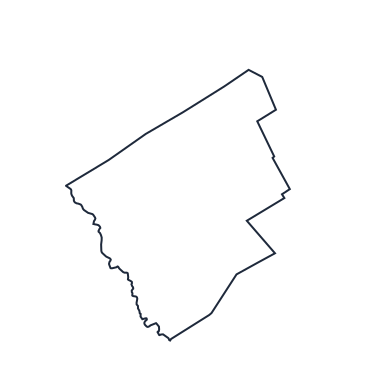 the district of Orange, Vermont, United States of America, rotated 128°
{"feature_id": "52423323B71374601240136", "entity_name": "Orange", "entity_type": "district", "adm_level": 2, "iso_a3": "USA", "parent_name": "United States of America", "parent_adm1": "Vermont", "projection": "equal_earth", "projection_center": [-72.157, 43.996], "detail": "fine", "context": "isolated", "style": "outline", "palette": "slate", "viewbox_px": 384, "rotation_deg": 128, "n_neighbors": 0, "source": "geoboundaries", "source_scale": "gbopen_adm2", "svg_char_len": 2019}
<svg xmlns="http://www.w3.org/2000/svg" viewBox="0 0 384 384"><g transform="rotate(128 192 192)"><path d="M322.5,117.8L320.7,118.0L278.3,102.7L275.4,102.1L229.5,106.2L207.2,96.7L189.2,88.9L180.9,131.1L139.9,115.5L138.4,119.7L129.5,116.7L115.5,149.5L113.4,149.1L96.1,184.1L75.5,176.5L58.1,207.5L60.9,222.6L89.0,231.6L134.4,248.1L174.7,264.2L217.9,277.3L264.5,295.1L264.7,294.9L264.4,289.9L264.5,288.9L265.0,288.1L267.4,286.3L268.0,285.6L268.8,284.2L269.6,281.4L271.7,279.6L272.3,278.0L272.0,276.0L271.2,274.5L270.4,272.0L270.5,271.2L271.2,269.4L272.3,267.7L272.7,266.1L272.4,261.0L270.8,257.1L270.7,256.0L271.8,252.7L272.4,251.8L273.7,251.4L275.3,251.3L277.9,250.0L277.4,249.0L277.2,248.4L277.0,248.1L276.3,246.8L275.7,245.2L276.0,243.3L276.4,242.6L276.8,242.1L277.9,242.2L280.2,241.7L280.8,241.2L281.0,239.2L282.0,237.2L283.5,235.1L285.8,233.4L289.3,231.3L294.2,227.2L294.9,226.3L295.3,225.2L295.7,220.3L295.7,219.7L294.9,216.0L295.0,215.1L295.3,214.4L296.3,214.0L297.8,214.0L299.6,213.2L300.1,212.7L302.1,209.4L302.0,208.9L301.3,208.0L297.8,205.2L296.6,204.9L296.4,204.5L296.4,204.0L297.0,202.5L297.2,201.2L297.5,196.9L297.1,195.5L295.7,193.7L295.6,192.6L298.4,189.8L300.3,188.7L300.4,188.1L299.9,185.7L299.8,184.2L300.7,183.2L302.0,182.9L303.1,181.0L303.3,180.0L303.7,179.4L304.4,178.8L305.0,178.9L306.8,178.8L308.0,177.7L308.2,177.0L308.7,176.4L308.8,176.3L310.2,175.5L310.4,175.0L310.2,174.2L308.9,171.9L308.8,171.1L309.0,170.4L309.6,169.6L310.5,169.0L313.4,167.5L314.7,166.4L315.0,164.6L316.1,163.5L316.7,163.2L317.0,162.8L318.0,160.4L319.8,158.4L319.7,157.4L321.8,155.9L322.8,152.8L320.2,150.9L319.6,150.1L320.0,149.3L320.5,149.0L322.7,149.4L324.0,149.2L324.7,148.8L325.2,148.2L325.6,147.3L325.9,145.2L325.8,144.2L325.2,143.5L323.8,142.8L322.8,142.7L317.5,139.6L317.6,138.7L318.4,135.2L320.5,133.3L322.0,132.5L322.5,132.5L323.1,133.0L323.6,132.9L324.9,129.8L324.7,129.4L323.5,128.8L322.0,127.2L321.7,120.8L321.8,120.3L322.7,118.7L322.6,118.2L322.5,117.8Z" fill="none" stroke="#1e293b" stroke-width="2"/></g></svg>